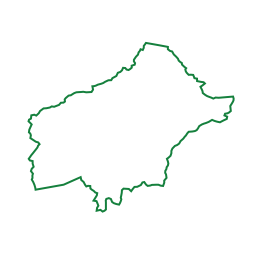 the district of Ivaí, Paraná, Brazil, rotated 280°
{"feature_id": "56859067B22036579453125", "entity_name": "Ivaí", "entity_type": "district", "adm_level": 2, "iso_a3": "BRA", "parent_name": "Brazil", "parent_adm1": "Paraná", "projection": "orthographic", "projection_center": [-50.861, -24.996], "detail": "fine", "context": "isolated", "style": "outline", "palette": "green", "viewbox_px": 256, "rotation_deg": 280, "n_neighbors": 0, "source": "geoboundaries", "source_scale": "gbopen_adm2", "svg_char_len": 3008}
<svg xmlns="http://www.w3.org/2000/svg" viewBox="0 0 256 256"><g transform="rotate(280 128 128)"><path d="M41.1,111.5L42.6,115.1L41.3,117.5L42.4,119.2L43.9,120.4L51.2,119.1L52.7,118.7L54.4,119.0L55.6,121.3L55.1,123.5L52.4,125.2L51.5,127.1L51.1,129.6L51.0,132.5L52.9,133.2L54.8,133.6L56.7,133.8L58.0,133.0L61.4,133.1L63.1,133.1L65.7,132.8L67.5,134.1L67.8,136.7L68.1,139.4L66.3,142.1L68.6,143.2L71.1,144.6L71.7,147.3L74.1,150.6L76.9,151.7L77.6,153.4L75.4,155.6L74.4,157.4L75.2,159.9L76.1,161.4L77.0,165.5L77.4,167.9L76.9,170.2L77.0,172.6L80.4,173.2L82.5,172.8L85.6,174.6L88.9,173.5L90.3,172.4L92.3,172.2L94.1,172.9L96.1,172.9L98.0,173.8L100.0,173.9L102.0,173.1L104.4,171.7L106.0,173.2L108.0,174.7L110.7,175.1L113.0,174.7L115.5,175.3L118.5,177.3L119.8,179.4L121.6,181.1L124.2,182.0L127.1,184.3L129.3,185.4L130.6,186.3L133.0,187.3L134.8,188.4L135.7,191.9L136.6,194.4L137.8,196.0L139.8,197.0L142.2,197.8L144.3,200.1L145.6,202.2L146.4,203.8L148.0,206.4L150.6,209.4L150.0,212.0L149.7,214.5L149.6,217.6L150.8,219.1L152.3,221.1L154.1,223.7L156.4,223.7L157.1,220.8L158.9,221.1L159.8,223.5L160.8,224.8L162.6,226.3L165.3,225.5L167.4,224.9L170.1,226.0L172.2,226.8L173.7,227.1L175.4,226.9L177.2,226.0L173.5,212.0L173.2,209.0L171.8,206.9L172.4,204.6L172.7,202.8L173.2,200.3L174.0,198.3L175.4,195.6L177.4,194.9L178.9,193.9L181.2,192.2L182.8,193.9L185.2,196.0L186.2,194.5L186.1,191.8L186.2,187.9L188.6,187.4L188.6,184.8L190.0,184.0L191.6,183.0L191.4,180.6L190.9,178.5L192.6,176.2L193.8,175.1L195.6,174.3L197.0,174.9L198.0,172.9L199.8,170.2L201.4,169.7L202.0,168.1L203.2,166.2L204.9,165.2L206.7,162.9L208.4,160.3L211.0,158.2L211.2,156.0L212.5,153.6L214.8,153.2L214.9,143.9L214.9,130.9L213.3,130.2L211.6,129.3L209.7,129.6L207.4,129.0L207.7,126.7L206.0,126.3L204.3,125.3L202.0,125.1L199.6,123.5L196.3,122.0L194.7,122.2L193.1,123.7L191.5,123.6L190.0,120.8L188.1,121.2L186.6,120.0L185.2,118.5L185.3,116.4L186.6,114.9L186.4,112.7L183.8,112.1L181.9,110.7L180.6,108.4L177.2,107.5L174.4,104.0L172.2,103.2L171.6,100.4L169.5,97.4L168.0,95.8L166.9,93.9L165.4,90.7L164.2,89.1L163.4,87.5L162.9,85.7L159.7,86.9L157.1,85.8L155.9,80.7L155.9,77.7L155.2,75.1L154.7,73.0L154.2,71.0L153.1,69.1L151.7,67.5L150.3,66.0L149.6,63.9L146.7,61.5L145.2,60.7L143.1,61.3L141.8,60.1L141.2,57.5L138.8,56.1L136.1,51.6L136.0,49.1L134.6,47.5L133.3,44.2L132.6,41.4L129.4,38.4L127.1,37.6L124.3,35.5L124.8,33.4L123.7,30.6L120.4,30.8L119.0,29.1L117.3,28.9L116.2,30.6L114.8,32.5L109.2,31.1L106.5,31.2L105.6,32.7L104.0,33.6L101.1,33.6L99.6,37.1L98.5,39.5L98.2,42.1L96.7,43.7L94.9,42.5L93.1,42.2L91.2,41.2L86.4,38.6L84.3,37.4L82.7,36.7L80.4,35.6L79.0,37.0L78.9,39.8L76.3,40.3L73.4,41.8L71.1,40.3L68.7,39.9L66.5,42.3L64.5,42.1L62.2,42.6L60.5,42.2L58.4,44.0L55.8,45.7L53.2,47.0L51.2,47.7L61.0,74.5L71.4,89.9L68.7,91.0L67.1,93.7L64.6,95.6L63.2,97.1L64.1,98.7L64.3,100.9L61.9,101.5L61.0,103.0L60.1,105.2L58.8,107.0L58.5,109.0L56.2,109.0L52.7,107.6L50.5,106.7L50.5,109.7L48.3,111.1L46.3,112.3L44.0,111.4L41.1,111.5Z" fill="none" stroke="#15803d" stroke-width="2"/></g></svg>